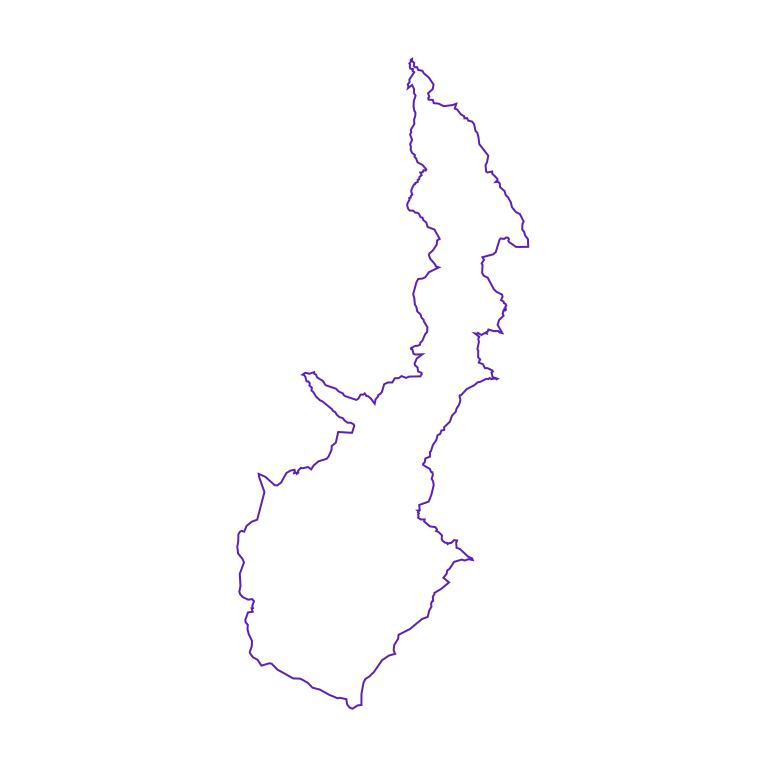 Otavalo, Imbabura, Ecuador, rotated 96°
{"feature_id": "8360857B9675012556832", "entity_name": "Otavalo", "entity_type": "district", "adm_level": 2, "iso_a3": "ECU", "parent_name": "Ecuador", "parent_adm1": "Imbabura", "projection": "mercator", "projection_center": [-78.375, 0.223], "detail": "fine", "context": "isolated", "style": "outline", "palette": "violet", "viewbox_px": 768, "rotation_deg": 96, "n_neighbors": 0, "source": "geoboundaries", "source_scale": "gbopen_adm2", "svg_char_len": 6125}
<svg xmlns="http://www.w3.org/2000/svg" viewBox="0 0 768 768"><g transform="rotate(96 384 384)"><path d="M549.8,277.3L548.2,278.2L546.9,282.3L540.2,291.2L539.3,294.7L534.5,295.6L532.0,295.0L532.0,297.9L535.1,300.7L535.3,302.4L536.6,304.0L535.5,304.7L535.3,306.9L533.7,309.5L531.7,310.5L528.5,310.5L525.5,314.3L524.8,316.8L523.0,316.1L521.0,318.0L520.8,323.3L516.5,329.7L514.5,329.4L514.9,333.3L513.4,336.2L511.8,335.8L510.0,336.4L509.1,335.8L508.2,336.8L507.0,336.1L506.3,337.3L505.8,335.3L500.6,336.3L496.3,327.3L489.7,325.4L479.4,324.0L475.6,325.0L473.3,326.7L469.4,325.9L466.7,326.6L466.8,327.7L463.6,329.7L460.5,336.5L459.4,336.8L457.5,335.3L453.7,335.1L451.4,330.7L446.8,331.2L445.9,330.3L439.6,329.0L434.4,326.2L429.3,325.3L427.7,322.9L424.3,322.1L423.4,319.3L420.7,319.7L414.7,314.6L408.2,313.0L404.2,309.8L400.8,309.3L397.6,307.5L393.9,306.5L391.6,306.4L388.3,307.6L387.2,307.2L387.0,306.1L380.3,301.1L375.7,294.0L372.5,291.0L371.9,288.7L368.1,282.7L368.2,280.7L367.0,279.6L367.9,277.8L366.8,273.7L367.6,272.6L366.9,271.6L365.7,276.8L361.2,278.3L360.2,277.0L359.2,277.7L357.4,282.8L357.7,285.3L354.0,287.6L352.8,292.0L349.5,291.0L347.5,293.2L341.3,293.7L339.4,294.8L332.3,294.0L329.2,295.0L327.1,294.2L324.2,298.9L324.3,296.5L323.3,295.9L325.1,292.3L322.8,289.1L323.1,287.0L321.6,287.6L320.9,286.3L318.9,285.9L319.9,280.6L319.4,275.8L320.7,274.3L321.0,271.7L313.3,277.2L308.2,276.2L303.6,272.2L301.7,273.3L298.2,272.9L297.3,271.5L295.4,272.5L297.4,270.9L298.9,272.1L297.5,270.5L294.5,271.4L293.2,270.6L291.7,271.5L291.0,273.2L289.5,273.7L288.4,276.4L284.8,275.2L282.8,275.9L280.5,281.9L278.0,284.9L267.4,292.0L265.9,296.1L263.3,298.0L255.5,298.4L253.9,299.5L250.1,297.5L247.6,299.4L243.7,289.1L241.3,286.7L228.3,284.1L227.0,283.1L227.2,279.8L225.5,277.8L225.6,275.9L226.8,274.9L228.3,275.4L229.8,274.4L233.9,266.9L232.5,254.9L224.9,256.0L221.3,259.3L218.2,260.4L215.8,262.7L210.5,263.0L207.8,262.1L200.8,266.6L199.3,270.7L194.8,275.2L190.0,276.9L185.3,280.2L183.6,282.6L179.5,284.3L176.2,289.1L172.3,289.9L171.0,291.6L171.5,294.1L169.4,292.5L168.0,292.8L163.4,298.4L161.4,298.7L162.8,303.2L162.1,304.6L155.8,305.9L152.6,304.7L146.0,304.2L135.5,314.3L128.5,315.9L124.3,317.5L122.8,319.4L116.1,321.6L113.8,323.8L113.2,327.8L110.9,329.2L111.4,331.8L109.4,332.2L107.7,335.9L103.4,339.8L102.7,342.4L97.7,341.4L99.4,345.0L101.5,353.5L99.4,359.2L99.5,363.9L96.4,365.1L96.5,369.4L94.9,369.9L93.4,369.0L90.3,370.6L85.6,366.4L81.0,366.0L74.3,371.7L71.0,376.7L68.5,378.6L68.1,382.8L65.4,384.3L65.8,386.2L64.9,387.5L61.4,387.5L59.9,389.8L57.8,390.0L58.7,391.2L61.2,391.2L62.6,392.3L63.8,391.4L65.5,391.6L67.6,390.8L67.8,388.1L69.5,388.4L70.7,386.5L78.6,390.6L81.1,390.1L83.5,391.7L85.8,390.7L87.2,391.0L83.7,387.3L87.7,384.8L91.4,384.7L94.0,382.7L99.2,383.9L105.1,383.6L109.3,382.3L110.5,381.2L113.5,380.9L118.1,381.7L122.3,381.0L128.3,383.9L130.7,383.2L133.1,384.1L138.5,381.5L142.7,383.1L145.0,382.1L148.4,381.9L151.1,380.3L153.2,377.1L154.7,377.5L156.4,375.6L160.1,373.8L162.2,368.5L166.3,364.3L167.4,364.9L167.3,367.1L169.3,367.6L169.9,370.0L172.3,368.4L174.6,370.5L176.7,370.4L177.5,371.8L179.6,371.6L180.9,373.9L181.9,373.9L182.4,375.0L187.5,377.0L190.0,377.0L192.7,375.6L194.3,377.0L195.8,376.9L196.4,378.4L198.0,377.9L202.0,379.6L203.9,379.6L207.0,378.4L208.8,376.7L208.6,373.1L210.4,370.7L210.2,368.8L211.0,367.1L214.3,365.0L214.5,363.1L216.9,362.0L218.9,358.9L223.3,357.0L225.1,350.0L233.9,343.8L235.6,346.1L240.2,346.2L246.4,349.6L249.4,352.5L251.1,352.9L254.4,351.3L259.9,345.5L261.6,344.7L262.3,341.6L268.1,351.0L273.5,354.1L275.0,356.5L276.0,361.0L279.1,362.3L291.6,364.4L295.2,362.9L301.7,361.6L303.9,359.9L308.4,358.5L310.9,355.0L314.0,353.7L315.9,351.4L317.7,350.8L323.1,346.7L327.9,346.6L330.0,348.2L336.9,350.4L339.0,352.1L341.3,352.4L342.5,354.6L342.8,356.9L345.6,361.0L346.5,360.7L346.8,359.3L350.9,357.8L351.4,355.6L350.4,348.9L355.2,354.1L360.6,355.7L362.2,355.0L364.0,352.4L367.9,351.4L369.0,347.9L370.3,347.5L372.6,348.6L374.0,359.7L375.6,362.7L374.3,367.4L376.6,369.9L377.2,373.9L381.6,375.9L382.1,380.3L384.2,383.8L391.9,385.2L394.1,386.5L395.5,388.5L396.8,388.5L400.2,390.8L404.6,391.2L399.7,395.7L397.8,398.6L397.8,400.2L395.4,402.2L396.7,403.4L397.1,406.2L401.3,408.0L402.7,409.8L400.2,421.1L399.4,422.8L397.8,423.7L396.0,428.6L393.7,431.2L391.3,442.0L387.4,445.0L384.5,451.1L381.8,452.6L381.2,454.4L379.5,454.7L381.6,459.3L381.1,463.5L383.2,466.0L383.5,464.4L385.0,463.0L389.4,461.3L389.5,459.3L391.0,457.9L393.3,458.0L395.1,455.4L398.1,455.4L399.6,453.3L403.5,450.4L406.8,446.1L407.8,443.3L414.4,433.2L416.0,432.1L417.1,429.5L419.4,427.9L421.6,424.9L422.2,421.5L424.6,419.2L426.3,416.0L426.0,413.0L427.3,409.9L428.9,409.2L435.9,410.7L436.5,424.5L447.5,425.8L451.0,429.5L455.0,429.3L462.1,431.6L464.3,433.1L467.8,441.1L472.4,445.5L476.5,447.5L474.5,450.9L476.3,456.0L476.1,457.9L479.1,460.3L481.2,460.0L482.3,461.2L481.3,461.4L482.1,464.1L480.0,463.5L478.7,464.0L479.8,467.8L482.8,471.8L492.9,476.1L496.0,479.5L496.1,482.0L488.7,492.4L486.5,499.2L489.1,498.7L504.0,491.6L532.2,495.9L534.8,501.2L539.4,505.8L545.5,507.6L545.0,510.4L546.2,511.9L548.7,513.1L556.1,512.5L561.2,512.9L567.8,511.4L572.8,506.4L576.1,504.6L587.9,507.6L600.0,505.6L605.7,506.2L608.2,505.0L610.6,502.4L612.7,496.6L611.7,492.7L613.6,490.6L618.5,491.8L620.6,491.0L620.9,492.3L624.2,490.8L625.4,495.4L633.2,497.3L635.6,496.6L637.8,494.2L641.8,494.2L646.7,492.5L653.3,488.4L658.8,488.1L664.7,489.5L665.7,489.1L669.4,485.9L671.5,480.9L676.9,476.5L673.7,468.7L674.0,466.4L679.2,460.1L686.3,443.5L685.8,436.9L686.4,434.9L689.1,428.6L693.5,423.4L694.6,416.0L698.9,405.8L701.4,397.1L700.7,395.2L701.4,388.5L706.5,387.2L709.4,384.4L710.2,381.4L706.4,376.6L705.6,372.9L694.7,374.0L683.5,373.2L679.3,371.7L676.8,368.4L671.5,363.9L658.9,357.1L653.5,350.6L651.2,344.7L647.7,346.6L642.4,346.5L635.8,343.3L631.9,343.3L624.9,332.5L613.9,321.8L611.0,316.2L604.4,315.3L600.5,313.5L597.2,314.2L595.1,313.5L594.6,312.5L590.4,313.2L587.7,311.9L586.6,312.1L581.8,305.7L574.5,298.6L570.5,304.7L566.3,301.9L562.8,301.6L561.1,299.6L553.6,295.7L550.5,288.4L551.1,285.3L549.4,281.7L549.8,277.3Z" fill="none" stroke="#5b21b6" stroke-width="2"/></g></svg>